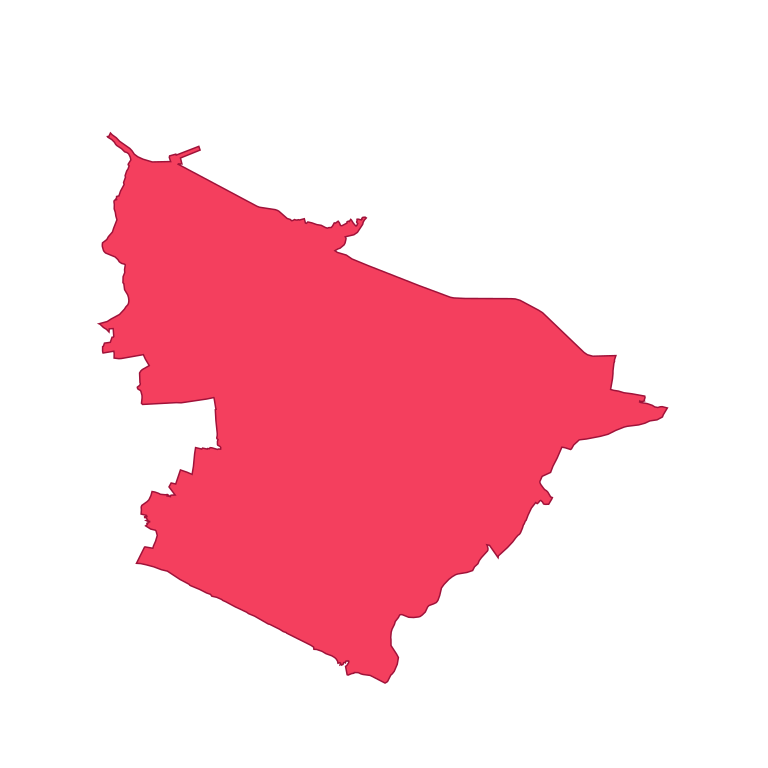 Livezile, Mehedinti, Romania (Mercator projection), rotated 350°
{"feature_id": "2599482B92373301831218", "entity_name": "Livezile", "entity_type": "district", "adm_level": 2, "iso_a3": "ROU", "parent_name": "Romania", "parent_adm1": "Mehedinti", "projection": "mercator", "projection_center": [22.853, 44.538], "detail": "fine", "context": "isolated", "style": "filled", "palette": "rose", "viewbox_px": 768, "rotation_deg": 350, "n_neighbors": 0, "source": "geoboundaries", "source_scale": "gbopen_adm2", "svg_char_len": 6162}
<svg xmlns="http://www.w3.org/2000/svg" viewBox="0 0 768 768"><g transform="rotate(350 384 384)"><path d="M637.6,445.9L637.4,445.3L638.7,442.7L638.7,441.2L626.2,436.6L618.8,434.3L613.7,431.7L609.0,430.1L606.2,428.7L609.9,418.6L611.3,413.5L611.8,410.8L614.0,403.5L615.0,401.6L615.1,400.4L617.3,396.3L594.5,392.9L589.4,390.5L586.5,387.7L552.6,341.4L549.1,338.2L532.5,325.2L528.0,323.0L523.8,322.0L478.5,313.8L467.8,311.4L464.4,310.1L435.8,293.3L389.0,264.7L374.2,255.3L369.3,250.5L360.9,246.3L358.8,244.2L362.0,243.0L364.4,242.6L368.9,240.0L370.2,238.3L371.5,235.2L371.9,234.0L371.4,232.3L380.3,231.8L384.2,230.0L390.7,223.1L391.7,220.9L393.3,219.0L395.4,217.4L394.4,216.4L392.1,216.2L390.9,217.0L390.9,218.0L390.1,218.4L387.0,217.1L386.0,217.1L385.8,218.7L385.3,219.3L385.2,220.1L386.0,221.5L384.4,223.5L383.5,223.3L381.6,220.0L380.4,216.9L379.8,216.1L378.0,218.0L377.1,217.4L375.7,217.9L375.4,219.1L370.4,220.7L369.4,220.7L368.7,220.3L368.0,217.4L367.1,215.7L364.2,217.1L363.0,216.7L360.8,219.4L359.3,220.7L356.7,220.4L355.3,220.7L353.6,219.8L349.7,216.8L345.6,215.4L341.0,212.8L337.1,211.2L335.5,212.3L334.6,211.9L334.2,207.4L329.2,207.8L328.1,207.3L326.9,207.5L325.2,207.0L324.5,206.5L322.5,207.2L321.3,207.1L320.3,205.7L317.4,204.2L310.6,195.7L309.3,194.6L307.2,193.4L292.1,188.3L289.9,187.0L219.4,131.8L219.8,131.5L223.2,132.2L222.8,126.1L243.5,121.7L242.9,117.8L219.1,122.5L218.9,121.5L212.5,122.1L211.9,123.5L212.5,127.9L194.4,125.1L185.8,120.8L181.0,117.5L178.0,114.3L176.3,110.5L174.6,107.9L165.8,99.1L163.1,95.0L159.6,91.4L158.2,89.3L156.1,92.3L154.6,92.3L154.8,92.9L158.4,96.1L160.5,99.1L161.3,101.3L162.2,102.7L166.4,106.7L168.9,110.3L171.0,111.4L172.5,113.0L173.5,116.5L173.6,118.8L173.6,119.4L170.3,123.0L170.1,123.7L170.8,124.5L170.8,125.0L169.3,127.7L167.6,129.5L165.2,133.9L165.3,135.5L162.5,140.4L162.7,142.4L158.0,148.3L155.6,152.7L153.2,152.9L152.9,154.3L151.7,155.6L152.2,156.0L150.6,156.2L149.9,156.9L149.7,157.8L149.6,160.3L148.7,164.7L149.2,168.2L149.1,172.0L149.5,175.9L144.7,183.8L143.0,187.1L138.2,191.0L136.1,193.6L131.3,196.1L130.7,198.1L130.5,199.7L130.9,203.6L131.3,204.8L132.5,206.6L141.3,212.2L143.5,215.2L144.5,217.6L145.4,218.6L146.6,219.7L149.4,221.0L149.9,221.8L148.4,226.1L148.0,229.3L145.7,233.0L144.5,238.9L145.2,240.1L144.9,246.1L147.1,251.8L147.4,254.6L147.2,257.7L146.5,259.9L145.6,261.4L143.2,263.2L141.4,265.2L135.6,269.6L126.5,272.6L122.3,274.4L113.8,275.2L114.8,275.9L117.5,279.6L120.2,282.0L122.2,285.0L123.0,282.0L126.9,282.4L126.1,290.4L125.7,290.8L124.3,290.7L121.7,295.4L115.8,295.2L114.2,298.1L113.4,298.3L112.6,302.5L112.6,304.4L112.7,304.7L123.6,304.8L123.6,306.9L122.7,311.6L127.2,313.0L129.7,313.3L152.1,313.3L153.3,318.0L156.0,325.1L148.5,327.8L146.8,328.9L145.2,330.7L143.9,340.3L144.1,341.1L143.9,342.0L143.0,343.0L140.6,344.2L140.4,344.9L140.9,346.4L142.8,347.9L143.3,348.8L143.7,353.3L143.3,355.8L141.8,360.9L142.7,362.2L176.3,366.3L181.0,367.3L206.9,368.0L214.0,367.8L214.2,368.1L214.1,378.6L214.3,379.7L213.4,380.0L212.1,391.0L211.2,403.7L210.8,405.8L209.9,408.1L210.0,408.9L210.9,409.8L210.0,411.6L209.5,414.6L209.6,415.3L211.7,417.1L212.2,418.1L211.8,419.8L209.8,419.3L208.6,419.5L203.3,416.9L201.7,416.5L200.7,417.4L199.1,416.9L198.7,417.4L194.2,415.6L193.2,416.4L187.4,413.9L185.4,419.8L182.0,432.1L179.3,439.7L174.6,436.6L168.6,433.3L161.5,446.3L157.2,444.5L154.4,448.0L159.0,457.0L155.0,456.5L154.3,457.0L154.1,457.8L150.9,456.5L151.4,455.8L152.1,455.8L151.5,455.2L149.4,455.1L144.7,453.8L143.0,452.5L139.6,450.6L136.9,449.6L135.1,453.4L132.4,457.2L130.3,458.7L124.4,461.5L123.5,463.0L123.2,465.9L122.2,469.9L127.3,472.2L127.5,473.4L125.2,473.2L125.1,474.0L126.6,474.4L127.6,476.9L126.0,477.1L127.1,477.9L129.3,478.6L129.2,479.1L127.7,479.0L127.3,480.1L126.3,480.1L126.5,481.3L124.6,482.3L129.1,486.4L133.3,488.2L134.0,489.1L134.4,493.8L131.7,499.2L128.9,503.4L127.8,505.6L120.3,502.9L119.8,503.1L109.1,517.6L113.2,518.6L118.3,520.7L125.6,524.1L132.5,528.2L138.2,530.7L149.2,541.1L157.3,547.4L157.7,548.3L158.5,549.0L166.8,554.3L173.0,559.0L176.6,561.0L177.6,563.1L182.2,565.0L186.7,568.0L187.6,569.1L190.4,571.0L198.9,577.7L209.1,584.9L210.7,586.6L216.2,590.1L228.4,600.3L229.7,600.8L234.4,604.3L238.6,607.4L241.8,610.3L244.5,611.8L244.9,612.5L266.6,628.6L269.0,630.9L268.9,633.1L271.5,633.7L276.4,636.4L280.0,639.5L285.4,642.6L287.9,644.8L289.0,646.2L290.1,648.7L290.2,651.0L292.2,650.7L292.7,651.4L292.0,652.9L293.0,652.6L293.3,653.4L294.9,653.1L295.9,651.4L297.0,651.4L297.6,651.9L298.1,650.7L298.6,650.2L299.8,650.6L300.4,650.3L301.2,650.9L300.8,652.3L298.5,654.8L297.1,655.4L297.2,663.9L298.1,664.4L301.8,663.6L304.1,663.6L304.6,663.0L308.6,663.8L311.0,665.5L312.9,666.4L319.8,668.6L333.1,678.7L335.1,678.0L336.0,677.4L340.1,671.9L341.9,670.8L344.2,668.7L348.4,662.3L350.7,655.9L349.5,652.2L345.5,642.8L346.5,636.8L346.6,634.9L348.0,629.6L349.4,626.8L352.5,622.6L353.9,619.8L357.7,616.4L359.0,614.6L359.7,614.0L361.7,614.2L367.8,618.0L372.6,619.1L377.7,619.4L379.3,619.2L381.6,618.1L385.1,615.7L388.3,611.1L389.8,610.0L394.8,609.1L397.5,608.3L398.7,607.3L399.7,606.2L402.1,602.0L405.2,594.8L408.3,591.8L414.0,587.6L417.8,585.6L421.5,584.2L423.6,583.9L432.9,584.0L438.9,583.1L441.4,579.8L445.3,577.3L447.2,574.4L449.8,571.9L456.9,566.4L457.4,565.7L457.8,564.4L457.7,561.2L457.4,560.2L459.9,561.2L466.2,574.8L466.8,573.1L477.2,566.5L483.4,561.8L487.1,558.3L489.6,556.3L491.3,555.5L492.6,554.2L495.3,550.0L496.8,547.0L497.7,546.2L499.3,543.6L500.3,542.9L503.0,538.3L507.6,531.8L512.8,527.1L514.1,528.4L515.6,527.6L517.0,526.2L518.2,525.9L519.6,527.7L520.3,529.8L521.8,530.5L525.3,531.0L529.1,526.6L530.1,525.1L528.5,524.1L526.6,519.0L525.6,517.5L523.8,515.8L522.7,513.8L520.9,510.1L520.4,508.1L520.5,507.2L523.7,502.4L532.7,500.0L536.1,494.3L541.6,487.1L548.2,477.1L551.2,478.2L556.4,480.9L557.4,480.4L560.2,477.0L566.6,472.9L573.8,473.3L588.0,473.1L595.9,472.4L604.3,469.9L613.1,468.1L616.3,467.9L627.7,468.5L634.2,467.9L639.4,466.5L646.7,466.7L652.5,464.8L653.7,462.8L658.9,456.8L654.0,454.6L652.0,454.4L649.6,454.7L646.7,453.6L644.5,451.6L639.8,449.0L633.6,446.8L632.6,446.1L633.0,445.2L633.4,445.6L635.1,446.1L637.6,445.9Z" fill="#f43f5e" stroke="#9f1239" stroke-width="1.5"/></g></svg>